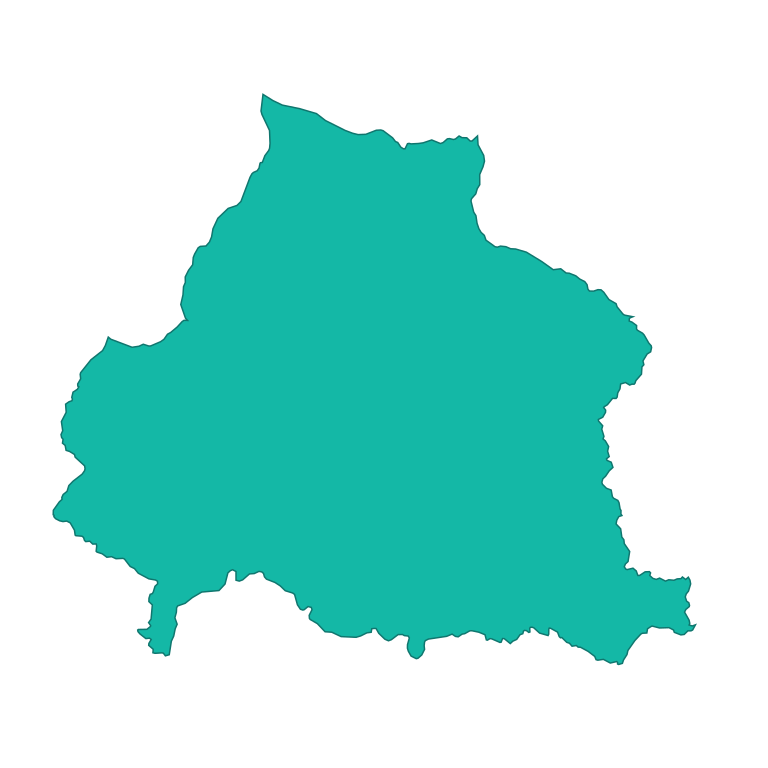 outline of Santa Helena Del Opón, Santander, Colombia, rotated 273°
{"feature_id": "7082276B2871746800234", "entity_name": "Santa Helena Del Opón", "entity_type": "district", "adm_level": 2, "iso_a3": "COL", "parent_name": "Colombia", "parent_adm1": "Santander", "projection": "mercator", "projection_center": [-73.601, 6.405], "detail": "fine", "context": "isolated", "style": "filled", "palette": "teal", "viewbox_px": 768, "rotation_deg": 273, "n_neighbors": 0, "source": "geoboundaries", "source_scale": "gbopen_adm2", "svg_char_len": 6117}
<svg xmlns="http://www.w3.org/2000/svg" viewBox="0 0 768 768"><g transform="rotate(273 384 384)"><path d="M666.9,248.0L650.2,246.9L646.8,248.0L631.2,256.4L618.4,257.6L613.4,257.4L611.1,256.6L605.8,253.1L598.9,250.9L598.5,249.0L597.7,248.6L593.1,247.9L590.3,246.2L588.4,242.5L587.0,241.1L583.4,239.4L558.8,231.6L554.6,227.8L551.2,219.2L540.8,209.4L530.1,205.1L521.8,204.1L516.5,202.2L512.5,199.0L511.8,193.3L510.3,191.3L503.9,188.1L500.4,186.9L493.1,186.7L487.4,182.9L480.5,179.9L475.0,180.3L470.7,178.7L462.5,178.6L452.7,176.9L439.4,182.3L437.2,184.5L437.1,180.9L435.7,179.1L430.1,174.5L424.3,168.3L422.4,165.2L417.1,161.9L414.5,158.6L409.8,149.0L409.6,147.2L411.1,141.5L408.9,137.4L407.5,130.5L414.4,108.9L416.4,106.2L407.8,103.7L402.6,101.2L392.9,90.1L379.5,80.5L377.8,80.1L373.3,80.8L368.0,78.1L365.9,78.3L365.2,79.4L362.6,78.0L359.6,73.9L354.3,72.9L352.7,73.6L351.0,73.3L349.8,70.4L347.2,67.1L339.1,68.1L329.6,63.8L320.5,65.6L316.6,64.1L313.6,64.9L312.0,66.4L308.1,66.0L306.0,68.8L301.1,70.0L300.2,73.5L297.4,78.6L294.8,79.4L286.6,89.3L283.7,89.9L281.7,89.5L278.2,87.3L270.6,78.5L266.1,74.6L260.2,73.1L256.9,69.4L253.9,68.2L251.9,68.5L249.4,66.0L240.6,60.4L236.1,60.5L235.6,61.4L234.2,61.3L232.3,63.1L230.4,67.3L229.8,70.6L230.5,74.3L228.9,77.9L221.9,82.5L216.9,83.5L216.4,84.2L216.2,90.4L215.0,92.0L212.1,93.1L211.0,94.4L211.6,98.4L208.9,101.5L209.2,105.0L207.2,105.6L201.9,105.3L201.1,106.2L199.7,111.5L196.5,116.3L197.3,121.0L195.5,125.5L196.2,132.3L195.7,133.9L188.5,140.1L186.6,144.5L182.2,148.5L177.1,159.4L176.3,166.1L175.2,168.1L172.6,168.4L170.0,165.9L163.9,164.4L162.5,163.5L161.7,161.5L157.8,160.5L154.4,160.6L151.3,164.2L137.0,163.7L133.4,161.4L130.6,163.6L129.7,163.5L126.6,160.1L126.0,151.5L125.4,150.9L123.8,151.3L121.7,153.3L117.3,159.5L117.9,163.1L116.7,164.9L112.7,162.8L110.7,162.7L107.0,167.4L103.5,167.3L103.1,169.4L103.9,176.4L103.6,177.8L101.1,179.9L102.4,183.7L116.0,185.1L121.3,187.2L128.6,188.3L133.3,190.0L139.6,187.4L145.2,188.6L149.7,188.6L151.6,189.6L154.6,196.9L160.7,203.8L166.7,212.9L169.1,230.0L175.9,235.7L187.2,238.0L189.5,240.3L190.6,242.5L189.0,246.0L180.3,246.5L179.6,249.8L181.0,253.1L187.3,259.6L187.9,264.3L190.3,268.9L190.0,271.7L188.5,273.6L185.2,274.7L183.0,276.8L180.1,285.5L177.0,290.9L172.4,296.2L170.5,303.7L169.2,305.7L159.0,309.1L154.7,312.3L154.0,314.8L154.4,316.1L157.8,319.8L157.1,323.1L154.8,323.9L149.1,321.4L146.0,321.8L145.0,322.6L141.2,330.0L133.5,338.1L133.4,344.8L129.5,354.4L129.6,369.4L131.2,373.9L134.6,379.9L135.4,384.2L139.0,384.6L139.4,387.1L139.4,388.9L134.8,391.8L129.2,398.2L127.8,401.9L129.0,404.7L134.5,411.2L134.8,415.6L133.8,417.5L133.6,421.3L131.8,422.6L124.9,421.1L121.4,421.2L118.4,422.3L113.7,425.3L111.4,430.6L111.9,432.3L115.4,435.9L121.1,438.4L124.7,437.8L128.4,438.0L129.9,438.7L131.6,441.7L135.3,459.8L137.8,465.1L135.7,468.5L135.4,471.3L138.3,475.1L138.9,477.7L142.0,482.6L142.2,484.7L141.1,491.7L138.9,498.0L133.8,499.6L133.6,500.7L135.3,503.2L135.1,505.0L132.0,513.3L132.3,514.5L136.0,515.7L136.0,517.4L131.4,523.7L133.9,526.1L135.9,529.9L140.8,533.0L141.9,535.7L144.5,536.2L145.3,537.1L145.2,539.1L143.5,541.6L144.0,542.7L147.6,542.3L148.6,542.8L148.9,544.5L148.4,546.3L143.4,552.4L141.4,561.0L142.8,561.6L147.8,561.4L148.9,561.8L148.8,563.1L145.3,570.3L140.9,572.2L139.8,573.5L140.1,574.9L135.6,580.0L134.8,582.8L132.0,585.5L132.9,589.8L131.4,591.6L131.4,594.0L127.7,601.8L123.0,608.7L119.8,610.2L119.4,612.0L120.5,617.5L117.2,624.6L119.0,630.9L118.2,631.8L116.6,631.9L116.2,633.0L117.5,636.7L120.9,637.6L126.5,640.8L130.6,641.5L141.0,648.0L147.7,653.6L148.6,655.0L149.1,659.5L153.4,660.0L155.8,663.4L156.3,664.4L154.8,671.9L155.6,681.4L153.5,686.0L151.2,686.9L149.0,693.6L149.6,696.9L153.4,700.4L153.6,703.6L154.5,705.1L159.8,707.6L158.5,704.5L159.3,701.3L161.0,701.9L164.2,701.0L171.9,696.1L174.6,697.2L177.6,700.4L178.9,700.7L181.6,699.8L182.9,697.6L187.1,696.0L190.2,696.8L193.1,698.9L200.4,700.7L204.1,699.8L207.0,698.0L204.6,695.5L206.9,692.1L205.2,690.8L204.7,686.9L203.2,683.9L203.4,678.6L201.9,675.4L204.6,669.4L203.1,666.1L204.0,662.6L206.7,659.4L209.3,660.1L210.5,658.9L210.1,654.6L206.2,649.3L206.1,647.5L210.5,645.7L213.1,642.3L211.4,636.6L211.7,635.3L214.0,633.5L216.9,634.5L219.5,637.0L229.6,638.1L237.2,632.3L241.0,631.7L243.6,629.5L251.8,627.9L256.4,623.1L260.2,623.6L263.9,625.4L265.1,628.5L266.6,627.4L270.1,627.3L271.6,626.3L277.8,624.9L280.0,623.6L281.9,619.3L283.4,618.0L290.0,616.4L291.5,611.6L295.3,607.4L297.3,606.7L300.8,607.5L303.5,610.1L309.1,613.5L312.7,617.0L317.8,615.0L319.4,610.7L320.9,610.1L323.3,612.7L328.6,610.8L333.3,611.6L338.8,608.0L340.6,605.6L343.2,606.4L350.3,603.8L353.7,604.6L358.2,600.2L359.8,599.9L362.3,604.2L367.3,606.7L369.5,606.7L372.0,604.6L372.9,605.2L375.0,608.2L381.6,613.0L381.7,616.5L383.1,617.5L387.4,617.9L391.5,619.9L396.4,620.3L398.1,625.1L395.8,629.4L396.8,631.6L396.9,633.8L397.9,634.6L400.5,635.3L407.3,640.6L414.6,640.7L416.8,642.5L420.6,641.4L427.7,645.2L430.1,648.6L434.4,649.3L436.2,648.8L438.7,646.3L446.6,641.2L448.3,639.5L451.0,634.2L452.2,633.3L455.6,633.2L458.8,628.4L459.7,625.6L461.9,625.5L462.9,626.2L464.2,629.0L465.4,620.5L466.5,618.8L473.3,612.7L476.3,611.6L480.1,604.2L487.1,598.7L489.4,595.8L489.4,592.7L487.7,588.4L487.6,584.3L489.3,582.7L493.8,581.6L496.7,579.2L499.1,573.9L502.0,570.0L504.3,563.3L504.4,560.0L508.3,554.5L507.0,547.0L514.5,535.2L523.1,519.3L525.7,508.4L525.7,503.4L527.5,498.5L527.8,493.1L526.6,490.1L526.9,487.7L533.0,478.3L537.7,476.4L540.5,473.0L544.1,470.6L549.4,468.5L556.9,467.0L560.3,464.6L571.3,461.3L573.6,461.7L578.7,465.7L583.9,466.9L588.1,469.2L598.2,468.6L606.1,471.5L611.8,472.7L617.5,471.6L627.8,465.4L636.6,464.4L631.3,459.2L631.1,457.4L634.2,453.8L634.1,449.0L635.6,446.0L632.4,442.5L631.8,440.5L632.5,436.5L632.1,434.4L628.2,430.4L627.1,427.8L630.2,418.9L626.9,410.5L626.0,406.0L625.2,398.5L625.6,396.4L625.2,394.9L620.0,392.7L619.9,391.1L621.4,388.4L625.9,385.1L626.7,382.8L630.3,379.7L636.9,369.9L637.5,367.5L637.0,363.0L632.4,352.8L631.7,345.1L632.8,339.4L635.2,331.9L644.0,311.8L650.5,302.4L654.5,285.6L657.2,267.9L661.2,258.3L666.9,248.0Z" fill="#14b8a6" stroke="#0f766e" stroke-width="1.5"/></g></svg>